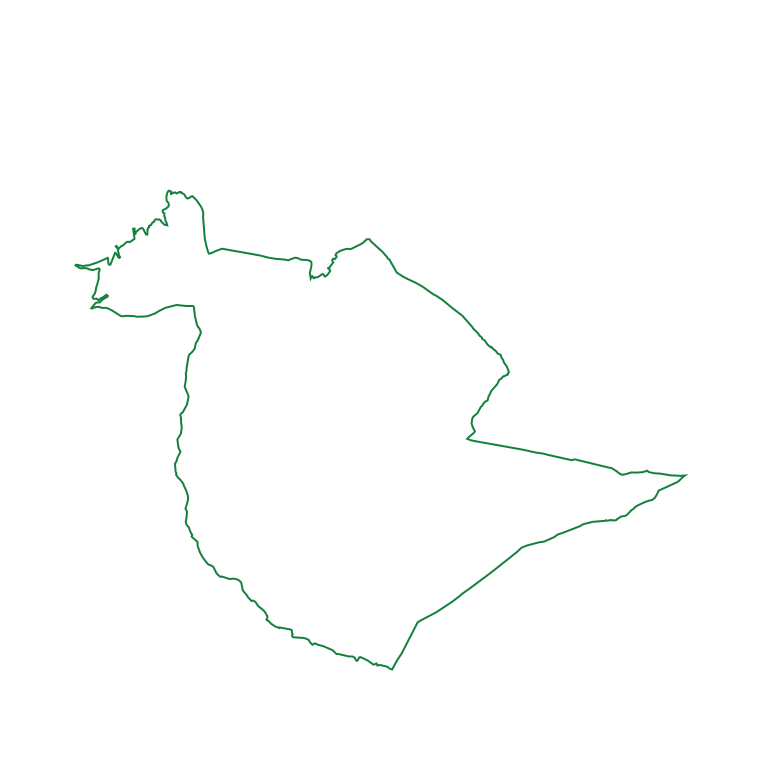 Poplaca, Sibiu, Romania, rotated 66°
{"feature_id": "2599482B75853154347523", "entity_name": "Poplaca", "entity_type": "district", "adm_level": 2, "iso_a3": "ROU", "parent_name": "Romania", "parent_adm1": "Sibiu", "projection": "equal_earth", "projection_center": [24.032, 45.739], "detail": "fine", "context": "isolated", "style": "outline", "palette": "green", "viewbox_px": 768, "rotation_deg": 66, "n_neighbors": 0, "source": "geoboundaries", "source_scale": "gbopen_adm2", "svg_char_len": 6165}
<svg xmlns="http://www.w3.org/2000/svg" viewBox="0 0 768 768"><g transform="rotate(66 384 384)"><path d="M195.8,620.6L196.2,620.1L196.5,615.5L197.9,612.6L199.8,610.7L201.1,607.5L202.8,605.3L206.6,602.3L214.9,596.7L215.8,595.5L216.6,592.6L217.7,590.0L220.4,584.6L222.1,582.3L225.6,573.6L225.9,572.4L226.4,564.6L225.8,559.7L225.5,552.6L227.4,541.5L232.3,532.9L235.0,526.8L236.4,526.4L245.4,529.2L252.9,530.6L255.5,530.8L258.1,530.1L260.4,530.1L262.8,530.5L268.2,536.2L270.2,539.4L274.8,542.6L276.8,546.4L277.9,549.8L279.1,551.2L288.9,557.7L292.0,559.3L293.8,560.8L296.6,561.7L300.4,563.8L305.4,567.2L314.9,567.4L317.0,568.3L322.6,572.3L327.9,579.2L328.9,582.3L329.9,582.9L332.0,583.1L337.6,585.4L340.1,585.9L342.3,586.9L346.9,589.9L350.6,595.3L357.6,597.4L359.8,597.7L363.0,597.4L367.1,602.4L370.2,605.1L371.9,607.4L379.3,610.0L381.1,610.0L382.3,610.8L385.2,610.4L389.1,608.9L393.4,607.9L395.4,608.2L400.6,608.0L406.1,608.6L408.9,609.4L412.3,611.9L417.2,616.1L420.3,615.8L425.3,618.5L429.3,621.2L432.6,621.6L435.7,620.6L440.5,621.0L443.9,620.6L444.9,621.7L446.2,621.5L452.2,618.6L456.1,620.1L463.1,620.6L468.6,620.2L476.1,618.4L477.4,617.8L480.4,615.0L481.9,614.3L488.6,614.0L491.4,613.1L493.4,612.0L493.9,611.4L493.8,610.6L499.4,604.4L500.3,601.2L501.2,599.8L502.6,597.8L504.3,596.4L506.8,595.3L508.3,595.4L514.9,596.9L517.4,596.4L520.2,595.4L523.7,594.9L528.3,593.3L528.6,591.8L529.9,590.6L531.7,589.9L535.6,589.3L540.8,586.6L543.7,585.5L548.8,585.0L549.9,585.5L551.3,587.1L552.1,587.1L552.8,586.2L557.3,584.5L561.2,582.0L564.4,578.9L564.0,578.4L570.2,569.3L571.4,568.4L573.2,569.1L575.6,569.3L576.3,570.3L577.3,570.4L578.5,569.9L582.8,561.6L584.7,559.0L586.7,557.2L587.6,556.8L589.9,556.7L593.1,555.4L592.8,553.5L593.0,552.4L595.3,550.4L599.0,545.9L606.3,539.2L611.3,537.2L612.6,534.8L618.4,527.2L620.2,523.5L622.0,522.1L625.6,521.8L625.9,521.0L625.2,519.6L624.2,518.7L623.7,517.7L623.9,516.6L629.8,511.5L636.2,507.7L636.3,504.5L638.5,504.5L638.6,503.2L639.7,500.9L640.8,499.8L642.5,497.3L644.1,495.7L645.8,495.0L648.1,492.8L641.6,484.1L637.0,477.0L615.4,450.2L614.9,446.3L613.8,429.3L610.8,411.1L608.7,401.9L607.5,398.1L605.9,390.0L599.8,362.9L591.7,331.4L589.5,324.9L589.7,319.1L591.0,310.8L591.9,305.8L593.1,301.9L593.1,290.7L592.3,287.3L592.2,285.3L592.6,282.6L593.6,262.6L593.2,260.4L593.2,258.3L594.9,249.1L598.9,237.8L598.7,236.7L599.9,235.3L600.3,232.5L601.1,231.6L601.1,230.9L602.3,229.4L602.8,227.0L602.3,226.1L601.5,221.2L602.6,217.4L602.2,214.6L600.1,209.9L599.3,206.1L598.7,205.0L598.1,201.4L598.0,194.7L598.2,189.9L599.0,186.3L598.2,182.9L595.5,179.1L593.1,176.5L592.9,156.2L592.6,154.3L590.4,148.4L590.0,146.3L588.5,150.5L583.9,159.5L578.2,168.1L575.6,173.2L572.1,178.0L570.2,178.8L570.2,180.8L569.8,182.0L569.7,183.7L567.7,189.2L565.4,194.1L564.7,199.7L564.2,202.1L563.6,203.6L561.4,205.4L558.1,207.1L553.0,210.6L552.0,212.4L530.5,240.3L530.0,242.1L530.1,243.3L515.7,262.7L512.5,266.6L508.3,273.3L500.4,284.0L475.2,321.2L470.8,327.5L467.9,330.3L466.8,327.6L465.5,322.7L464.9,321.2L464.1,320.2L459.3,320.5L456.0,320.1L453.9,319.0L451.8,317.6L450.6,316.4L450.1,315.6L448.7,310.5L444.3,304.9L443.6,302.7L442.6,301.7L442.0,300.5L441.4,299.1L441.1,296.0L437.9,293.6L436.0,290.8L434.3,289.4L430.2,280.6L427.3,277.3L426.6,274.1L425.7,272.5L425.5,271.5L425.9,270.9L425.5,268.2L425.9,267.5L424.3,265.8L423.9,265.0L417.5,264.7L413.3,265.7L410.3,265.4L407.7,266.0L405.2,265.6L404.3,265.9L402.4,267.8L399.4,268.4L395.9,270.3L394.1,270.6L394.0,271.5L391.5,272.8L389.2,273.6L385.8,274.1L384.6,274.6L382.9,275.9L380.9,275.8L379.1,276.9L376.2,277.4L369.4,280.0L367.7,280.2L353.4,284.7L342.2,290.8L331.6,296.0L324.9,300.2L322.0,302.6L310.4,309.4L304.5,313.8L297.0,320.3L293.1,323.3L287.4,327.0L272.2,328.5L271.0,329.5L269.2,329.6L262.8,331.6L248.4,337.9L246.3,338.2L245.6,338.9L245.0,340.1L244.9,341.4L246.4,345.3L246.8,347.9L247.2,358.5L247.1,359.9L245.8,362.1L245.2,363.9L244.9,366.2L244.6,369.9L245.2,374.3L246.6,375.9L247.7,375.4L248.5,375.5L248.9,376.0L249.9,378.2L249.0,379.1L249.0,379.7L250.0,381.1L252.3,380.9L254.7,385.4L255.6,386.3L255.2,387.6L255.6,388.0L258.2,387.0L258.9,387.2L261.3,391.4L261.9,394.1L261.4,394.5L259.4,394.7L258.6,395.4L258.6,396.5L259.4,400.6L259.0,403.1L258.4,404.1L258.9,404.7L258.7,405.3L256.3,405.6L256.2,406.2L257.7,408.0L252.2,406.5L247.4,402.8L245.3,401.6L243.0,400.8L241.4,401.5L239.8,403.4L236.5,409.5L234.6,410.9L233.3,412.4L232.4,414.1L232.0,421.2L229.8,424.3L225.5,432.2L221.2,438.7L216.3,444.8L194.5,477.0L194.1,484.5L194.2,489.0L193.8,490.8L192.1,491.0L186.8,490.3L178.6,488.7L158.2,481.5L154.0,479.5L151.3,479.0L147.9,479.0L140.1,480.4L134.7,482.5L134.2,483.9L134.7,485.7L134.8,487.7L133.8,488.8L129.1,489.5L126.9,491.5L127.0,491.0L126.0,491.5L125.5,492.4L125.4,493.9L125.7,495.4L125.3,496.2L124.2,496.6L123.8,497.6L123.8,501.3L123.0,501.2L123.0,500.2L121.8,500.0L119.9,501.9L120.2,503.0L121.8,504.8L124.9,506.9L128.4,508.1L130.6,507.3L133.0,507.7L134.3,508.9L134.5,510.4L135.1,511.4L135.2,515.2L136.1,516.0L137.3,516.2L138.9,515.2L141.1,516.4L143.6,516.5L146.3,517.3L147.7,517.0L150.9,517.5L149.1,519.8L145.3,521.4L143.9,521.4L142.4,522.3L140.7,525.5L140.9,526.7L142.1,527.9L142.4,530.0L143.9,532.0L144.0,534.4L145.2,534.7L145.6,536.1L146.5,537.0L151.2,539.5L150.4,540.6L144.1,540.9L142.9,541.9L142.9,544.1L144.0,548.0L144.9,549.4L146.4,550.5L143.6,549.9L140.5,548.7L140.2,550.1L148.3,552.3L150.0,553.0L151.0,558.7L150.1,559.6L149.7,560.7L149.8,561.9L151.2,565.9L151.3,568.5L152.6,571.6L149.1,572.2L149.3,573.1L152.7,572.0L153.8,572.8L156.8,573.2L158.2,573.9L160.8,573.5L161.2,574.5L160.1,575.2L156.0,575.6L154.8,576.3L163.7,585.4L163.4,586.4L162.1,586.9L157.3,585.1L156.4,585.1L156.4,596.0L155.5,605.5L154.4,608.3L154.0,610.8L149.9,616.4L149.8,617.1L150.1,617.5L150.4,617.5L154.9,614.3L156.6,609.8L157.6,608.2L159.3,606.8L161.5,603.6L162.3,597.7L163.2,597.1L164.7,597.8L166.1,599.3L171.7,601.8L176.3,605.4L178.9,607.8L181.8,609.6L183.8,611.5L185.2,613.9L186.3,615.0L188.0,614.7L189.3,611.7L191.4,610.6L190.5,607.6L190.6,606.0L189.7,601.9L189.7,601.0L191.2,600.5L191.8,601.0L192.2,605.6L192.7,607.7L193.9,610.5L192.9,612.6L192.7,613.8L193.1,615.4L195.8,620.6Z" fill="none" stroke="#15803d" stroke-width="2"/></g></svg>